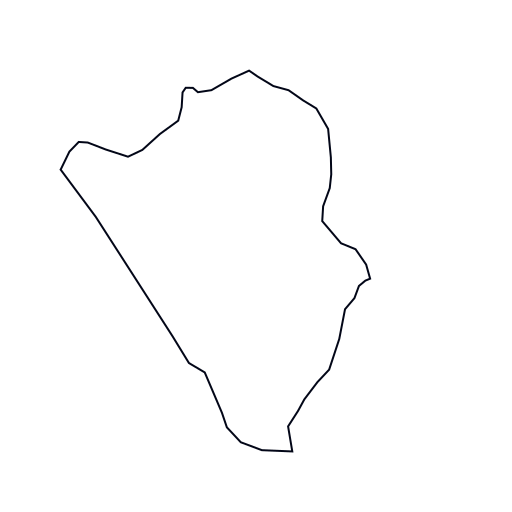 Västerås, Västmanland, Sweden, rotated 60°
{"feature_id": "70781695B76106000376718", "entity_name": "Västerås", "entity_type": "district", "adm_level": 2, "iso_a3": "SWE", "parent_name": "Sweden", "parent_adm1": "Västmanland", "projection": "equal_earth", "projection_center": [16.566, 59.665], "detail": "fine", "context": "isolated", "style": "outline", "palette": "ink", "viewbox_px": 512, "rotation_deg": 60, "n_neighbors": 0, "source": "geoboundaries", "source_scale": "gbopen_adm2", "svg_char_len": 809}
<svg xmlns="http://www.w3.org/2000/svg" viewBox="0 0 512 512"><g transform="rotate(60 256 256)"><path d="M332.7,168.5L318.5,164.9L299.9,166.4L287.5,176.0L258.9,181.2L246.5,173.0L234.1,158.2L222.9,150.0L208.1,141.9L182.0,130.0L158.4,130.0L144.8,137.4L128.7,144.9L117.5,156.0L101.3,164.9L92.0,169.3L90.1,188.6L90.1,202.0L90.1,211.7L85.1,224.4L78.8,226.6L75.2,232.8L77.6,237.8L90.0,246.0L99.9,255.7L102.3,278.2L107.3,301.4L106.0,317.2L88.5,333.0L73.6,345.0L68.6,352.5L72.3,365.4L83.2,381.5L83.5,382.0L142.0,375.2L283.9,368.4L315.1,367.6L317.3,366.4L331.2,358.6L374.8,363.9L389.8,366.9L409.7,362.3L427.1,348.0L443.4,322.3L419.6,313.4L411.2,297.1L404.3,285.8L395.9,265.8L391.0,249.5L369.5,225.4L346.6,205.5L341.7,191.8L333.4,181.8L332.0,173.6L332.7,168.5Z" fill="none" stroke="#020617" stroke-width="2"/></g></svg>